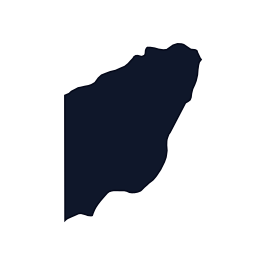 Warwick/Daban, Choiseul, Saint Lucia, rotated 247°
{"feature_id": "8701671B22929774804888", "entity_name": "Warwick/Daban", "entity_type": "district", "adm_level": 2, "iso_a3": "LCA", "parent_name": "Saint Lucia", "parent_adm1": "Choiseul", "projection": "orthographic", "projection_center": [-61.001, 13.811], "detail": "fine", "context": "isolated", "style": "filled", "palette": "ink", "viewbox_px": 256, "rotation_deg": 247, "n_neighbors": 0, "source": "geoboundaries", "source_scale": "gbopen_adm2", "svg_char_len": 1553}
<svg xmlns="http://www.w3.org/2000/svg" viewBox="0 0 256 256"><g transform="rotate(247 128 128)"><path d="M67.5,33.9L68.0,35.2L68.4,37.0L68.5,42.0L68.5,44.5L68.6,49.1L67.8,51.5L65.0,55.1L63.3,56.9L61.7,59.8L61.5,60.9L63.5,62.7L66.0,65.3L67.6,67.3L69.0,69.4L69.6,70.3L71.6,73.8L73.5,77.6L74.9,80.5L76.3,83.5L76.9,85.8L76.6,88.5L76.1,90.5L73.6,96.2L71.9,100.2L70.2,102.5L68.3,104.2L67.3,105.9L67.1,106.2L66.1,108.7L65.4,111.9L65.3,114.8L65.6,116.0L67.1,119.6L68.5,123.9L69.1,125.3L70.1,129.2L70.6,130.9L72.4,134.5L73.1,135.7L77.1,141.8L77.9,142.7L80.7,146.0L82.6,148.2L85.1,150.5L86.2,151.5L88.1,152.7L92.0,155.0L95.2,156.1L97.0,156.7L100.7,158.4L102.1,159.2L102.6,159.6L103.7,160.5L105.8,162.5L106.5,163.2L107.5,164.9L128.7,190.7L129.1,193.8L129.7,196.1L131.5,197.9L135.1,200.0L138.7,202.7L141.9,206.2L144.9,209.1L149.7,212.6L154.5,215.1L158.5,217.5L160.9,219.4L162.4,222.1L164.5,221.6L165.5,221.6L170.5,221.4L172.0,221.6L173.3,220.8L173.9,220.0L175.8,216.5L179.0,214.4L182.9,211.9L184.4,210.1L186.2,206.4L186.6,201.8L186.2,200.0L185.2,195.3L184.9,194.4L186.0,191.0L188.5,186.9L191.1,183.7L193.5,179.8L194.5,177.5L194.4,176.7L193.5,175.4L192.5,174.5L189.8,173.1L188.3,171.7L188.3,168.6L188.9,167.7L190.8,165.3L191.5,163.4L191.2,161.4L190.0,159.7L188.7,156.7L187.1,153.3L185.9,149.1L185.9,144.2L185.8,139.0L186.7,133.7L186.9,129.1L187.0,124.3L185.6,120.3L182.6,115.3L182.1,111.3L182.3,108.2L183.1,104.6L183.8,100.6L184.4,97.8L184.1,94.5L183.8,90.2L182.7,87.3L182.7,84.9L182.7,82.6L67.5,33.9Z" fill="#0f172a" stroke="#020617" stroke-width="1.5"/></g></svg>